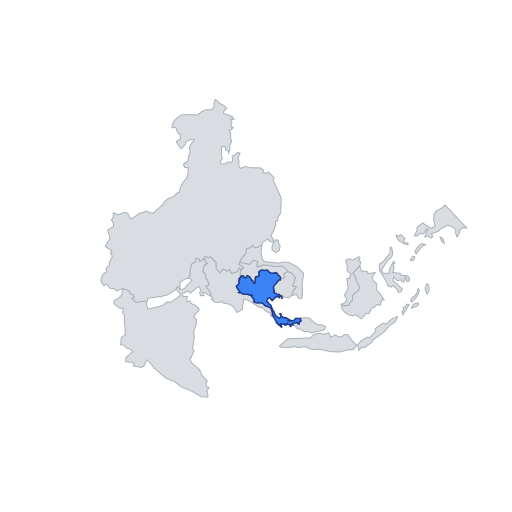 Thailand highlighted among its neighbors, rotated 313°
{"feature_id": "THA", "entity_name": "Thailand", "entity_type": "country or territory", "adm_level": 0, "iso_a3": "THA", "parent_name": "Asia", "parent_adm1": "", "projection": "orthographic", "projection_center": [100.709, 13.031], "detail": "fine", "context": "with_neighbors", "style": "filled", "palette": "blue", "viewbox_px": 512, "rotation_deg": 313, "n_neighbors": 8, "source": "natural_earth", "source_scale": "50m", "svg_char_len": 15610}
<svg xmlns="http://www.w3.org/2000/svg" viewBox="0 0 512 512"><g transform="rotate(313 256 256)"><path d="M422.2,359.4L420.2,391.0L417.1,387.7L413.2,387.5L412.1,389.0L407.0,390.1L409.1,385.9L411.7,384.1L411.1,379.0L409.4,375.3L401.7,372.5L398.3,372.6L392.1,369.1L390.8,371.6L389.1,372.3L388.2,370.6L388.3,368.5L385.0,366.6L389.7,364.1L392.8,363.8L392.4,362.5L386.1,363.4L384.5,360.7L380.6,360.3L378.7,358.1L384.7,356.2L386.9,354.2L393.8,355.3L395.5,364.8L399.7,367.1L403.4,361.3L408.1,357.6L411.8,357.0L418.0,359.3L422.2,359.4ZM352.1,399.7L352.5,402.0L349.2,405.8L345.2,407.2L344.7,406.7L347.4,402.0L352.1,399.7ZM393.6,385.0L393.4,381.5L395.3,377.8L396.1,379.1L396.0,381.4L393.6,385.0ZM319.6,338.6L316.9,343.3L320.5,347.8L319.7,350.2L325.2,354.4L319.4,355.4L317.8,358.9L318.0,363.4L313.3,367.1L313.1,372.0L311.1,379.6L310.4,377.9L304.8,380.4L302.9,377.5L299.4,377.5L296.9,376.0L291.0,378.1L289.2,375.8L281.8,375.8L281.1,369.2L278.6,367.9L276.1,363.8L275.4,359.5L276.0,354.8L279.0,351.4L279.9,354.7L283.3,357.4L286.5,356.3L289.7,356.5L292.6,353.8L295.0,353.3L299.7,354.4L303.8,353.2L306.2,346.1L308.1,344.2L309.7,338.4L319.6,338.6ZM373.5,368.0L378.3,368.8L379.8,372.3L376.1,370.8L366.8,371.7L367.9,368.9L373.5,368.0ZM362.1,374.1L358.9,373.6L358.1,371.6L362.7,370.8L363.8,372.3L362.1,374.1ZM367.1,344.1L367.4,346.8L370.1,346.9L370.5,348.9L370.3,353.3L368.0,353.0L367.3,356.1L369.2,358.5L367.9,359.3L366.1,356.4L364.7,350.2L365.6,346.1L367.1,344.1ZM338.0,352.8L349.4,352.2L354.0,348.2L354.8,349.2L351.1,354.5L347.6,355.8L343.0,355.3L330.9,357.3L330.2,361.1L334.5,365.1L337.1,362.7L345.9,360.2L345.5,362.5L343.5,362.0L341.4,365.1L337.2,367.3L341.6,373.2L340.7,375.0L344.8,380.2L344.6,383.4L342.1,385.1L340.3,383.6L342.7,379.4L338.0,381.7L336.9,380.4L337.5,378.5L334.2,375.9L334.6,371.1L331.4,372.9L331.7,385.5L328.6,386.4L326.6,385.1L328.1,380.6L327.5,375.9L325.4,376.0L324.0,372.8L326.0,369.4L329.2,357.8L330.2,355.7L334.3,351.7L338.0,352.8ZM329.9,408.1L323.8,405.3L328.3,404.0L332.3,406.5L331.9,407.8L329.9,408.1ZM335.3,399.5L338.5,398.9L342.8,396.8L341.9,399.5L334.8,401.5L328.6,401.4L328.6,399.6L332.5,398.4L335.3,399.5ZM320.7,399.9L323.7,399.2L324.8,401.2L313.2,403.5L315.0,400.7L317.7,400.5L319.0,398.7L320.7,399.9ZM272.9,393.0L273.5,394.7L283.1,394.8L284.2,392.8L293.4,394.7L295.1,397.7L302.4,398.2L308.3,400.7L302.7,402.8L297.4,401.2L287.8,401.4L273.8,398.8L271.7,399.5L262.6,397.8L261.7,395.7L257.1,395.5L260.6,390.8L266.7,390.9L272.9,393.0ZM252.2,367.5L253.1,370.9L254.8,373.6L258.6,374.0L261.0,377.0L259.7,383.1L259.4,390.6L253.8,390.8L249.6,386.8L243.1,382.9L237.1,376.0L230.7,365.4L226.2,361.3L222.8,353.1L218.3,349.9L215.6,345.6L211.8,342.7L206.6,337.0L206.1,334.4L217.2,335.8L233.2,351.7L238.4,351.8L242.7,355.2L245.6,359.4L249.5,361.6L247.5,365.7L250.4,367.3L252.2,367.5Z" fill="#d9dde1" stroke="#a8b0b8" stroke-width="1"/><path d="M242.9,300.6L241.7,294.5L244.8,290.2L251.2,289.2L255.8,289.8L259.9,291.8L262.1,288.2L266.5,290.0L267.7,293.3L267.3,299.5L259.0,303.6L261.3,306.6L256.0,307.1L251.7,309.2L247.5,308.5L242.9,300.6Z" fill="#d9dde1" stroke="#a8b0b8" stroke-width="1"/><path d="M266.5,290.0L262.1,288.2L259.9,291.8L255.8,289.8L257.4,287.5L257.5,283.2L253.5,278.8L253.1,273.8L249.3,269.8L245.6,269.4L244.7,271.2L241.8,271.4L240.4,270.5L235.3,273.6L235.2,269.0L236.3,263.7L233.1,263.4L232.8,260.4L230.7,258.8L231.8,257.0L235.8,253.7L236.2,254.9L238.8,255.0L238.0,249.2L240.5,248.5L245.5,257.0L251.3,257.0L253.3,261.4L250.2,262.7L248.9,264.6L254.7,267.5L262.1,277.8L265.9,281.3L267.2,284.9L266.5,290.0Z" fill="#d9dde1" stroke="#a8b0b8" stroke-width="1"/><path d="M230.7,258.8L225.2,262.2L221.8,262.4L219.5,267.8L217.5,268.7L224.7,280.3L222.9,284.7L221.2,285.6L225.6,292.3L226.1,297.5L228.0,302.2L222.8,312.1L222.3,308.3L223.9,304.4L222.2,301.4L222.7,295.9L220.7,293.2L218.3,280.6L216.3,276.4L207.4,282.4L201.7,280.6L203.6,274.4L202.7,269.6L199.2,263.7L199.9,261.9L197.1,261.1L193.9,256.9L193.9,252.8L195.5,253.6L195.7,250.0L198.1,248.9L197.7,246.8L198.9,245.1L199.3,239.9L202.9,241.2L205.1,237.1L205.5,234.7L208.2,230.6L208.2,227.7L214.2,224.4L217.4,225.4L217.1,222.3L218.7,221.4L218.4,219.6L221.0,219.2L222.5,222.1L224.4,223.3L224.2,231.2L219.8,235.3L219.1,241.2L224.0,240.5L225.1,245.1L228.1,246.1L226.6,250.2L232.2,253.1L235.7,251.6L235.8,253.7L231.8,257.0L230.7,258.8Z" fill="#d9dde1" stroke="#a8b0b8" stroke-width="1"/><path d="M251.7,309.2L256.0,307.1L261.3,306.6L259.0,303.6L267.3,299.5L267.7,293.3L266.5,290.0L267.2,284.9L265.9,281.3L262.1,277.8L254.7,267.5L248.9,264.6L250.2,262.7L253.3,261.4L251.3,257.0L245.5,257.0L240.5,248.5L243.0,247.2L251.3,246.6L255.2,243.9L257.5,245.7L261.8,246.5L261.2,249.4L263.5,251.4L268.3,252.6L262.2,257.1L258.4,261.9L257.4,265.5L266.0,277.3L270.5,280.3L273.6,284.3L276.2,293.6L275.8,302.6L266.2,309.5L262.2,313.9L256.0,318.7L254.1,315.5L255.5,312.0L251.7,309.2Z" fill="#d9dde1" stroke="#a8b0b8" stroke-width="1"/><path d="M218.4,219.6L218.7,221.4L217.1,222.3L217.4,225.4L214.2,224.4L208.2,227.7L208.2,230.6L205.5,234.7L205.1,237.1L202.9,241.2L199.3,239.9L198.9,245.1L197.7,246.8L198.1,248.9L195.7,250.0L193.7,242.0L192.5,242.0L191.5,245.1L189.2,242.5L190.8,239.7L192.8,239.4L195.2,235.3L192.6,234.4L184.2,233.4L184.0,229.9L181.9,229.6L178.6,227.3L176.7,230.6L179.7,233.4L176.7,235.1L175.5,236.8L178.2,238.3L177.1,241.3L178.4,245.1L178.8,249.3L178.0,251.1L169.1,251.6L169.0,255.4L166.3,258.3L159.3,261.3L153.6,266.9L144.9,272.8L144.7,275.1L137.9,277.7L135.8,277.8L134.0,281.5L134.3,292.5L132.0,297.1L131.3,305.7L128.9,305.8L126.5,309.5L127.9,311.3L123.5,312.3L121.7,315.6L119.8,316.9L115.7,311.7L112.7,299.1L109.4,291.4L108.5,281.7L105.4,274.3L104.6,257.7L105.6,251.7L105.6,246.9L99.0,249.1L96.2,248.1L92.0,241.4L94.3,239.9L93.5,237.7L89.8,232.9L93.1,230.0L101.9,231.2L102.0,226.8L100.4,224.0L100.8,220.2L98.7,217.7L104.3,213.2L108.8,214.1L114.1,209.5L117.7,204.9L122.7,200.5L123.5,197.1L127.5,194.7L124.9,192.1L124.2,184.5L126.6,182.6L132.1,184.4L136.5,184.1L141.2,180.6L144.0,186.5L142.8,190.3L143.8,192.8L143.2,195.2L140.4,194.3L140.4,199.7L148.9,207.0L145.9,208.9L143.5,213.3L156.0,221.4L161.9,222.4L164.1,225.1L172.6,227.2L176.3,227.3L177.3,220.2L180.1,219.3L180.1,224.1L184.0,226.2L186.8,225.5L194.3,226.0L194.8,223.0L193.1,221.3L196.7,220.9L201.0,217.3L206.3,214.3L210.0,215.6L213.2,213.6L215.2,216.7L213.6,218.7L218.4,219.6Z" fill="#d9dde1" stroke="#a8b0b8" stroke-width="1"/><path d="M275.9,269.3L271.9,267.9L271.5,263.5L273.8,261.2L278.9,259.6L281.6,259.6L282.7,261.5L280.8,263.8L279.9,266.8L275.9,269.3ZM158.2,150.3L158.6,147.8L161.3,146.9L160.3,139.1L169.5,137.1L174.0,129.7L180.2,131.6L182.5,129.8L183.7,125.6L186.5,125.4L189.5,122.8L190.9,122.5L191.1,125.5L193.5,127.8L198.0,129.6L199.8,133.0L197.7,137.9L198.7,139.9L207.6,141.5L211.7,144.3L213.9,144.8L215.3,148.9L217.3,151.6L229.1,152.6L234.1,152.0L237.8,152.6L243.5,155.3L248.0,155.2L249.8,156.6L254.0,154.1L260.0,152.4L265.5,152.1L269.6,150.4L274.3,146.3L272.1,143.3L273.5,140.4L279.3,141.4L282.4,139.0L287.3,137.0L289.1,134.0L291.2,132.7L295.9,131.8L298.6,132.1L298.6,130.5L294.8,127.9L291.8,126.7L289.7,128.4L286.3,128.0L284.5,128.6L283.3,127.0L285.3,119.6L289.6,120.9L293.2,118.0L292.6,116.2L294.0,111.8L295.2,110.4L294.4,108.3L292.5,107.5L294.2,105.4L297.4,104.4L301.1,103.9L305.8,104.6L308.9,105.8L316.3,113.4L319.1,117.1L324.7,117.8L329.5,120.2L332.5,123.9L337.0,123.3L338.7,121.3L342.7,119.4L343.1,123.3L342.8,124.9L344.0,129.6L343.9,133.9L339.9,133.7L337.9,135.5L340.2,139.0L341.9,144.2L340.3,144.5L341.2,146.7L338.1,144.4L337.7,147.0L333.3,149.5L334.6,151.7L331.6,151.9L329.5,150.7L328.2,154.1L325.1,156.9L323.1,160.1L318.4,161.8L316.3,164.2L312.6,165.8L314.0,163.5L312.8,161.8L314.9,158.6L312.4,156.4L306.3,161.7L304.6,164.8L301.0,165.3L299.5,167.5L302.1,170.5L305.4,171.0L306.0,173.0L309.3,174.2L312.9,170.5L316.6,172.0L319.1,171.9L320.3,174.3L315.2,176.1L314.0,178.7L310.7,181.3L309.3,184.8L314.1,187.0L316.6,191.6L323.4,199.1L324.1,202.7L321.8,204.2L323.2,206.7L325.9,208.0L325.7,216.0L323.4,216.6L315.4,235.2L304.1,244.8L299.0,245.7L296.4,248.0L294.7,246.5L292.3,249.1L286.0,252.0L281.1,252.9L279.9,258.3L277.3,258.7L275.8,255.1L276.8,253.1L270.5,251.7L268.3,252.6L263.5,251.4L261.2,249.4L261.8,246.5L257.5,245.7L255.2,243.9L251.3,246.6L243.0,247.2L238.0,249.2L238.8,255.0L236.2,254.9L235.7,251.6L232.2,253.1L226.6,250.2L228.1,246.1L225.1,245.1L224.0,240.5L219.1,241.2L219.8,235.3L224.2,231.2L224.4,223.3L222.5,222.1L221.0,219.2L218.4,219.6L213.6,218.7L215.2,216.7L213.2,213.6L210.0,215.6L206.3,214.3L201.0,217.3L196.7,220.9L193.1,221.3L191.3,220.0L185.9,218.5L183.4,219.6L180.1,223.1L180.1,219.3L177.3,220.2L167.5,218.0L164.2,215.6L161.0,214.4L159.9,212.0L157.7,211.1L153.9,207.7L150.8,205.9L148.9,207.0L140.4,199.7L140.4,194.3L143.2,195.2L143.8,192.8L142.8,190.3L144.0,186.5L141.2,180.6L135.4,178.1L135.3,174.4L133.2,172.0L132.9,170.6L133.8,166.2L131.9,164.9L130.6,165.2L131.1,161.0L132.4,160.1L132.3,159.0L136.3,157.2L139.0,156.6L142.5,157.6L144.7,154.9L149.4,154.8L151.2,153.2L157.4,151.3L158.2,150.3Z" fill="#d9dde1" stroke="#a8b0b8" stroke-width="1"/><path d="M230.4,329.8L231.3,328.9L235.4,331.1L235.8,333.7L239.2,333.1L240.8,331.0L245.0,334.5L247.1,337.8L246.9,343.5L247.8,348.2L249.6,349.6L251.6,354.0L251.5,355.6L247.9,356.0L237.0,348.4L236.5,345.9L233.5,342.5L232.8,338.3L231.0,335.6L231.5,331.9L230.4,329.8ZM319.6,338.6L309.7,338.4L308.1,344.2L306.2,346.1L303.8,353.2L299.7,354.4L295.0,353.3L292.6,353.8L289.7,356.5L286.5,356.3L283.3,357.4L279.9,354.7L279.0,351.4L282.7,353.0L286.6,351.9L287.5,347.6L295.6,345.2L301.5,337.7L303.8,340.2L304.8,338.5L307.2,338.5L307.5,332.7L311.2,329.0L313.6,324.9L315.5,324.7L318.1,327.1L318.4,329.3L325.7,331.7L325.4,333.7L322.2,334.2L323.1,336.6L319.6,338.6Z" fill="#d9dde1" stroke="#a8b0b8" stroke-width="1"/><path d="M230.8,259.3L230.7,259.6L230.9,259.7L231.0,259.6L231.2,259.2L231.5,259.0L232.0,259.2L232.3,259.7L232.5,260.0L232.8,260.3L232.8,260.5L232.6,261.0L232.1,262.2L232.2,262.7L232.6,263.2L233.2,263.5L233.7,263.4L234.0,263.3L234.3,263.0L234.5,262.9L234.8,262.9L235.7,263.1L236.0,263.2L236.0,263.5L235.9,264.3L236.1,264.9L236.3,265.5L236.4,266.1L235.8,267.9L235.3,268.6L235.2,268.8L235.2,269.0L235.7,269.6L235.7,269.9L235.7,270.4L235.5,270.9L234.5,273.2L234.8,273.4L235.5,273.7L235.8,273.6L237.0,272.5L237.7,272.0L238.3,271.6L238.6,271.3L238.7,270.9L239.0,270.7L239.2,270.8L239.6,270.6L240.0,270.2L240.3,270.0L240.5,270.0L241.0,270.3L241.5,270.8L242.1,271.1L242.5,271.2L242.7,271.4L242.7,271.7L242.8,271.9L243.0,272.0L243.1,271.9L243.3,271.6L243.8,271.3L244.2,271.1L244.6,271.1L244.9,270.9L245.1,270.3L245.4,269.9L245.6,269.7L245.9,269.6L246.0,269.5L245.9,269.3L245.9,269.1L246.0,268.9L246.4,268.9L247.0,268.9L247.7,269.1L248.5,269.4L249.0,269.5L249.3,269.4L249.7,269.9L250.5,271.0L251.1,271.9L251.6,272.5L252.2,272.9L252.7,273.2L253.2,273.7L253.5,274.5L253.3,275.6L253.2,276.6L253.3,277.8L253.7,278.7L254.3,279.3L254.7,279.9L254.8,280.2L255.3,280.6L256.2,280.8L256.6,281.1L256.4,281.3L256.4,281.6L256.6,281.9L256.9,282.1L257.4,282.3L257.7,282.5L257.8,282.8L257.8,283.1L257.6,283.6L257.5,284.0L257.2,284.3L257.1,284.8L257.1,285.5L257.3,285.9L257.4,286.5L257.3,286.9L257.2,288.2L257.1,288.5L256.8,288.8L256.4,289.1L255.6,289.5L255.1,290.1L254.9,290.1L254.7,289.8L254.6,289.4L254.1,289.2L253.7,289.1L251.8,289.4L250.9,289.3L249.7,289.5L248.5,289.4L247.8,289.2L247.6,289.2L247.0,289.4L245.9,289.7L245.0,290.1L244.5,290.7L244.3,291.1L243.6,292.2L243.0,292.8L242.7,293.1L242.8,293.3L242.7,293.5L241.6,293.6L241.6,295.0L241.8,295.5L242.3,296.4L242.4,297.4L242.5,298.2L243.1,298.7L243.8,299.4L243.5,300.3L243.7,301.1L244.7,303.1L244.4,302.7L244.0,302.1L243.8,301.5L243.3,300.8L243.0,300.6L242.7,301.0L241.7,300.3L241.3,299.6L241.2,299.9L240.7,299.3L240.2,298.9L239.4,298.6L239.2,298.3L238.6,298.1L237.2,298.5L235.5,298.2L234.8,298.5L234.5,298.3L234.3,298.0L234.5,297.5L234.5,296.3L234.8,295.6L234.7,295.0L234.8,294.3L234.6,294.2L233.3,293.9L233.1,293.6L232.7,293.9L231.2,294.1L230.7,294.3L230.2,294.7L230.0,295.3L230.3,295.6L230.5,296.3L230.0,297.7L229.9,298.1L230.1,299.8L230.0,300.7L229.7,301.4L229.2,301.9L229.0,302.9L228.7,303.3L228.2,304.3L227.8,305.6L227.6,306.2L227.5,307.3L226.4,308.9L226.2,309.8L225.8,310.2L226.0,310.4L226.0,310.9L225.8,313.1L226.0,313.7L226.4,314.8L226.3,315.1L226.3,315.5L226.7,315.7L227.0,315.8L228.6,315.3L229.2,315.4L229.5,316.3L229.8,318.6L230.0,319.0L230.7,319.8L230.8,319.7L230.8,319.4L231.2,319.8L231.4,320.6L232.3,324.8L232.8,325.9L232.2,325.6L232.1,324.7L231.9,324.3L231.7,324.2L231.4,324.3L231.4,324.1L231.6,323.8L231.6,323.4L231.3,323.1L230.8,323.4L230.8,324.0L231.0,324.5L231.9,325.6L232.1,326.1L232.5,326.2L233.0,326.2L234.0,327.1L235.1,327.8L235.8,327.7L236.6,327.5L237.1,327.6L237.6,327.7L238.2,328.3L239.1,329.7L240.6,330.9L240.5,331.2L240.4,331.6L239.8,332.2L239.7,332.5L239.5,333.0L239.1,333.2L238.7,333.3L238.5,333.2L238.4,333.1L238.1,332.7L237.9,332.6L236.4,333.2L236.0,333.8L235.8,333.9L235.6,333.9L235.0,333.3L235.0,332.9L235.4,332.3L235.5,331.9L235.4,331.3L235.3,330.9L235.0,330.8L234.4,330.9L234.1,330.4L234.0,330.0L233.8,329.8L233.6,329.7L233.2,329.8L231.7,329.3L231.3,328.7L231.1,328.6L230.9,328.7L230.8,328.9L230.7,329.6L230.6,329.9L229.3,328.3L228.5,327.7L228.6,326.5L228.3,326.3L228.0,326.2L227.7,325.9L228.0,325.2L227.6,325.4L227.1,325.3L226.8,325.1L226.5,324.2L226.3,323.9L225.9,323.4L225.3,323.4L225.2,323.1L225.2,322.5L224.8,322.1L224.3,321.8L223.9,321.6L223.5,320.6L222.8,320.2L222.4,320.3L222.3,320.7L222.0,321.0L221.7,321.0L221.5,320.8L221.1,319.8L221.1,319.2L221.2,318.0L221.6,317.0L221.8,315.4L222.2,314.3L222.4,314.0L222.8,312.6L223.5,310.8L223.7,310.0L223.9,309.6L223.9,308.9L223.8,308.4L224.0,308.2L225.2,307.1L226.0,306.2L227.4,303.6L227.6,303.5L227.9,303.2L228.1,302.9L228.1,302.7L227.7,301.2L227.4,300.6L227.0,299.2L227.1,298.8L226.9,298.6L226.6,298.3L226.2,297.8L226.0,297.1L226.0,296.7L225.7,296.3L225.6,296.0L226.0,295.3L226.0,294.0L225.8,292.9L225.2,291.7L224.8,291.1L223.0,289.6L221.4,287.2L221.2,286.4L221.1,285.5L221.2,285.2L221.4,285.0L221.7,284.9L221.9,284.9L222.5,284.5L222.9,284.5L223.0,284.4L223.0,284.2L223.0,283.4L223.0,282.4L223.2,280.9L224.3,280.3L224.6,280.0L224.7,279.7L224.7,279.4L224.6,279.2L224.4,279.1L223.7,279.7L223.2,278.6L222.7,277.5L222.7,276.6L222.5,276.2L221.6,275.3L219.4,272.6L219.0,272.0L219.0,271.8L219.2,271.3L219.1,270.8L218.8,270.1L218.6,269.7L218.5,269.4L218.2,269.5L217.8,269.1L217.5,268.3L218.0,268.5L218.5,268.3L219.2,268.1L219.3,268.0L219.3,267.8L219.1,266.3L219.2,265.9L219.6,265.3L219.6,264.6L219.7,263.6L220.2,262.9L220.5,262.6L220.7,262.1L220.8,262.0L221.1,262.1L221.7,262.4L222.4,262.5L223.0,262.4L224.2,262.1L225.0,262.1L225.2,261.9L225.3,261.6L225.5,260.7L225.8,260.4L226.0,260.3L226.3,260.3L226.8,260.5L227.0,260.5L227.6,260.3L227.7,260.2L227.8,260.0L227.7,259.6L227.6,259.1L228.5,259.3L228.9,259.3L229.1,259.2L229.7,258.8L230.0,258.8L230.8,259.3ZM222.0,322.4L221.9,322.8L221.7,322.8L221.5,323.0L221.4,323.1L221.2,322.3L221.4,321.2L221.5,321.1L221.7,321.4L222.1,321.5L221.9,322.1L222.0,322.4ZM230.4,313.9L230.4,314.2L230.3,314.5L229.8,314.7L229.7,314.5L229.7,314.0L229.8,313.9L230.2,314.0L230.4,313.9ZM242.1,301.7L242.2,301.8L241.9,301.7L241.5,301.7L241.4,301.0L241.4,300.8L241.6,300.9L241.9,301.2L242.1,301.7ZM228.3,329.5L228.2,329.5L228.0,329.1L228.2,328.5L228.5,329.2L228.3,329.5ZM222.9,322.3L222.6,321.4L223.0,321.6L222.9,322.3ZM230.4,313.3L230.1,313.3L230.0,313.1L229.9,312.9L230.2,312.9L230.4,313.1L230.4,313.3ZM225.3,324.0L225.5,324.6L225.3,324.5L225.1,324.2L225.2,323.8L225.3,324.0ZM243.0,303.2L243.0,303.8L242.7,303.6L242.7,303.3L242.9,303.2L243.0,303.2ZM221.5,316.6L221.2,316.6L221.3,316.2L221.5,316.1L221.5,316.4L221.5,316.6Z" fill="#3b82f6" stroke="#1e3a8a" stroke-width="1.5"/></g></svg>